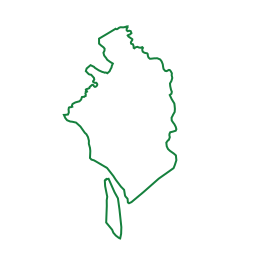 the district of Burutu, Delta, Nigeria, rotated 241°
{"feature_id": "59680162B9558481059390", "entity_name": "Burutu", "entity_type": "district", "adm_level": 2, "iso_a3": "NGA", "parent_name": "Nigeria", "parent_adm1": "Delta", "projection": "orthographic", "projection_center": [5.655, 5.239], "detail": "fine", "context": "isolated", "style": "outline", "palette": "green", "viewbox_px": 256, "rotation_deg": 241, "n_neighbors": 0, "source": "geoboundaries", "source_scale": "gbopen_adm2", "svg_char_len": 3292}
<svg xmlns="http://www.w3.org/2000/svg" viewBox="0 0 256 256"><g transform="rotate(241 128 128)"><path d="M220.8,165.0L220.5,156.7L220.2,146.0L215.8,143.6L213.4,144.4L210.4,145.7L208.7,146.0L207.0,144.9L205.7,143.0L203.0,142.3L201.5,142.5L199.8,142.8L197.8,142.9L194.5,144.4L191.7,146.0L190.2,144.0L188.9,142.9L187.8,141.1L186.6,139.5L185.9,136.5L187.2,135.6L187.3,135.5L187.7,134.4L188.5,133.8L189.5,132.7L192.6,130.4L196.7,128.2L198.0,127.9L201.1,125.7L200.1,120.7L198.2,118.7L194.1,119.8L193.2,120.6L192.4,121.6L189.8,122.2L188.3,122.5L187.7,122.3L186.8,122.0L186.3,121.2L185.9,120.2L185.5,119.9L184.8,120.0L184.3,120.4L183.5,121.0L183.0,122.1L182.4,122.3L181.5,122.4L180.7,122.1L180.4,121.7L180.1,121.3L179.8,120.2L179.8,119.5L180.1,118.9L181.0,118.5L182.1,118.5L182.8,118.2L183.1,117.6L183.0,116.7L182.4,114.3L181.6,113.5L181.8,112.0L182.1,110.6L182.0,110.3L182.1,109.9L182.0,109.7L181.8,109.7L180.9,109.9L180.7,109.7L180.7,109.4L180.6,109.1L180.4,109.2L180.1,109.8L179.7,109.8L179.7,108.9L179.5,108.2L178.9,107.5L177.7,107.3L176.5,106.4L176.7,105.6L176.5,104.7L176.9,104.1L177.4,102.7L175.6,100.8L174.9,98.5L175.9,94.3L175.9,91.2L174.8,89.8L173.6,89.6L173.8,88.4L174.5,86.9L174.5,86.2L172.9,84.9L171.6,84.4L170.2,83.7L168.9,82.0L170.0,79.3L170.5,78.3L168.4,78.1L167.8,78.1L167.1,78.0L164.3,78.5L161.7,80.6L160.5,82.3L157.9,85.2L152.3,87.1L144.8,87.9L142.7,88.6L139.5,88.6L137.2,88.0L135.7,87.6L133.2,86.1L129.0,85.1L126.2,83.9L123.9,82.5L120.2,80.2L118.1,80.7L116.2,82.6L103.2,90.3L93.2,91.9L88.7,92.2L80.1,93.4L75.8,94.6L70.5,92.7L69.4,92.6L66.3,93.3L62.9,91.8L61.7,92.4L61.5,95.1L64.5,110.7L68.8,130.3L70.8,148.4L72.9,151.0L76.4,154.7L80.8,156.6L83.4,155.7L87.7,153.6L90.3,152.8L93.2,153.0L96.6,154.4L97.7,156.7L97.9,158.1L99.7,160.1L101.7,160.7L102.9,161.6L103.8,162.9L103.1,165.4L102.5,168.4L103.5,169.7L105.8,170.3L108.8,170.4L110.8,170.1L113.4,169.9L115.9,171.1L117.3,173.3L117.6,173.6L119.4,176.6L122.0,178.3L125.2,179.7L127.0,180.4L132.2,180.2L136.6,180.5L136.9,182.6L138.4,183.9L140.7,184.2L144.1,185.2L146.6,186.3L148.1,188.8L150.3,191.0L151.6,191.4L153.0,191.8L154.6,192.9L157.0,192.9L158.5,192.6L159.0,191.9L159.0,190.9L159.0,189.4L159.9,188.2L162.4,187.7L164.3,188.3L166.9,189.3L169.9,189.7L172.3,189.4L174.8,187.4L176.3,184.5L177.4,181.8L178.0,180.7L179.7,180.1L181.6,180.4L183.1,181.1L184.1,180.9L184.9,179.9L185.9,178.8L187.6,177.9L189.0,178.2L190.2,178.8L190.8,179.9L191.8,179.7L192.2,177.7L193.2,176.5L194.4,175.6L194.9,173.8L194.6,172.2L195.3,171.8L197.0,172.6L198.8,172.9L199.3,172.4L200.3,171.6L201.6,172.1L202.1,172.9L202.7,174.2L203.5,174.8L203.8,174.7L204.1,174.6L205.0,174.1L206.4,173.4L207.8,172.7L209.1,172.6L209.2,173.3L208.9,175.0L209.1,176.1L209.3,177.0L211.4,177.3L212.5,176.2L212.8,174.7L214.0,174.2L215.4,174.9L215.6,175.0L215.8,175.5L216.2,176.4L217.0,176.8L217.0,176.7L217.5,176.0L217.6,174.8L217.7,174.6L218.1,173.1L218.9,171.7L219.8,170.2L220.0,168.6L219.8,167.6L219.8,166.2L220.7,165.0L220.8,165.0ZM93.0,86.4L93.5,84.9L93.7,84.6L93.8,84.5L93.7,84.3L93.8,84.3L93.8,83.7L93.7,83.5L93.7,83.2L93.5,82.6L93.3,82.5L93.2,82.2L88.2,79.8L77.9,76.5L75.2,74.4L70.0,71.6L55.9,63.1L46.7,64.8L43.5,64.4L39.8,65.2L36.6,66.6L35.6,67.2L35.2,67.6L38.8,70.7L44.5,74.1L61.0,81.1L71.4,85.1L78.4,85.1L93.0,86.4Z" fill="none" stroke="#15803d" stroke-width="2"/></g></svg>